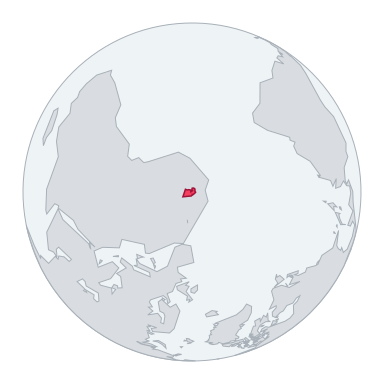 Tagant highlighted on a globe, orthographic projection, rotated 175°
{"feature_id": "MRT-2798", "entity_name": "Tagant", "entity_type": "Region", "adm_level": 1, "iso_a3": "MRT", "parent_name": "Mauritania", "parent_adm1": "", "projection": "orthographic", "projection_center": [-11.398, 18.406], "detail": "fine", "context": "on_globe", "style": "filled", "palette": "rose", "viewbox_px": 384, "rotation_deg": 175, "n_neighbors": 0, "source": "natural_earth", "source_scale": "10m", "svg_char_len": 9400}
<svg xmlns="http://www.w3.org/2000/svg" viewBox="0 0 384 384"><g transform="rotate(175 192 192)"><circle cx="192" cy="192" r="169" fill="#eef3f6" stroke="#a8b0b8"/><path d="M39.5,119.3L38.2,122.0L38.4,121.6L39.5,119.3ZM85.4,60.9L88.8,58.2L92.3,55.6L103.2,48.3L114.6,41.8L126.6,36.2L138.9,31.6L151.5,28.0L164.4,25.3L161.2,26.1L142.2,31.4L141.6,32.9L127.6,41.3L130.9,40.4L127.7,43.7L130.4,44.0L127.1,46.0L132.1,44.6L134.7,42.8L137.7,41.7L139.6,41.9L135.6,44.3L134.1,44.5L133.9,45.4L131.1,46.5L133.5,46.1L128.5,49.2L136.1,46.5L134.3,49.4L130.3,51.4L127.3,50.6L110.5,55.2L105.4,57.9L101.3,62.0L100.8,70.4L96.6,74.0L93.5,79.3L97.3,77.3L101.1,72.6L107.5,70.6L111.4,65.6L114.5,64.3L119.9,59.8L122.7,61.3L122.5,65.3L118.2,69.3L118.0,71.3L125.1,68.5L119.8,77.4L121.4,86.3L119.6,88.9L110.9,91.3L103.5,88.4L92.2,93.5L103.1,91.2L98.6,98.4L99.4,100.2L101.7,100.7L104.9,98.5L104.1,101.5L93.0,104.3L93.5,101.7L97.0,100.6L93.5,99.6L86.0,102.4L84.3,106.3L74.7,108.0L73.3,111.0L70.5,113.3L73.3,108.3L68.1,117.6L56.6,124.0L49.3,141.0L52.5,126.0L51.2,122.8L49.0,120.9L47.7,123.6L46.5,118.6L42.3,121.6L36.1,133.8L32.8,145.1L34.6,148.9L37.2,144.2L39.7,145.4L33.3,159.2L37.0,165.7L34.0,176.9L34.4,184.3L37.4,184.8L40.1,189.8L43.6,184.5L48.6,183.2L47.1,192.8L51.1,185.4L53.0,191.4L63.9,195.5L62.7,197.4L71.6,212.3L83.9,221.1L86.7,228.8L85.0,232.7L89.8,235.1L89.9,238.0L111.3,246.8L124.0,255.8L124.8,265.3L116.6,274.4L114.7,294.9L101.4,298.5L101.8,306.1L98.0,315.1L89.4,311.6L95.8,318.2L94.3,320.2L89.8,318.7L92.5,322.4L89.3,321.1L93.9,324.6L94.0,327.4L100.1,332.0L101.6,334.1L105.7,336.8L104.3,336.1L104.2,336.2L106.0,337.4L99.4,333.3L91.5,327.7L89.5,325.8L87.5,324.5L82.5,319.0L82.4,319.5L72.9,308.7L68.4,300.4L56.0,272.2L52.3,265.3L44.3,254.7L34.3,227.4L35.1,219.1L33.7,213.6L38.3,203.1L38.4,189.6L37.1,186.7L35.0,190.4L31.8,178.6L32.4,167.6L31.7,139.8L33.6,133.7L36.7,126.0L47.3,104.8L55.4,92.6L64.5,81.2L74.5,70.6L85.4,60.9ZM46.7,146.5L51.1,159.3L46.4,157.7L47.7,156.7L47.0,152.1L45.1,146.8L41.6,146.2L46.7,146.5ZM53.5,139.4L52.6,137.9L53.8,138.6L53.5,139.4ZM118.0,59.4L118.9,59.6L117.4,60.3L118.0,59.4ZM119.5,57.4L117.1,58.1L117.4,57.2L118.9,56.8L119.5,57.4ZM122.3,56.8L118.4,55.7L119.0,54.3L125.1,51.7L122.3,56.8ZM134.7,42.2L132.0,44.1L132.6,42.5L134.7,42.2ZM134.3,41.5L131.5,38.8L136.3,36.4L136.3,37.6L141.2,34.7L144.9,34.8L143.0,36.4L139.2,37.8L143.5,36.9L134.3,41.5ZM180.5,23.4L181.3,23.4L179.0,23.5L179.4,23.5L180.5,23.4ZM139.0,41.2L138.0,40.7L142.1,38.5L144.9,39.1L142.7,39.6L139.0,41.2ZM140.6,34.1L144.2,32.8L148.1,32.4L150.1,31.9L145.4,34.6L140.6,34.1ZM142.6,40.2L146.1,39.5L145.9,40.8L140.3,41.6L142.6,40.2ZM142.0,37.8L144.1,36.9L143.9,37.5L142.0,37.8ZM146.8,45.5L145.6,44.7L147.6,43.4L146.8,45.5ZM147.5,39.2L147.5,38.8L148.2,38.3L150.4,38.2L147.5,39.2ZM148.5,34.3L149.4,34.6L150.6,33.2L153.7,33.1L150.0,35.0L152.9,34.2L153.8,34.2L149.8,35.8L148.5,34.3ZM154.6,36.7L151.0,39.5L152.9,41.2L151.1,42.3L148.3,39.4L154.6,36.7ZM152.1,36.0L153.2,36.6L150.5,37.5L148.0,37.6L152.1,36.0ZM157.0,32.5L153.3,32.0L154.3,31.7L157.0,32.5ZM155.7,36.9L156.5,36.3L156.1,36.9L155.7,36.9ZM157.2,33.6L155.8,33.4L156.9,33.0L157.2,33.6ZM159.4,35.2L158.3,36.0L156.5,36.1L159.4,35.2ZM158.9,34.3L160.7,33.8L156.6,35.6L158.0,34.3L158.9,34.3ZM158.5,33.2L158.7,32.9L159.0,33.3L158.5,33.2ZM166.6,34.8L161.9,37.1L158.1,37.1L163.2,34.8L166.6,34.8ZM112.2,340.8L100.8,334.3L106.4,337.6L105.8,336.9L113.4,341.1L112.2,340.8ZM112.3,339.3L114.2,339.5L116.0,340.4L115.0,340.6L112.3,339.3ZM349.0,129.6L354.4,146.5L358.2,162.0L359.3,170.8L353.8,152.4L348.5,138.8L348.3,141.9L341.1,133.4L333.9,139.8L331.3,136.7L330.3,139.9L325.0,138.5L320.4,133.5L317.9,135.4L329.7,148.7L332.2,146.7L332.1,138.8L335.1,144.2L340.0,147.0L340.2,164.7L326.9,186.9L323.0,175.7L299.3,149.3L298.6,145.5L298.4,145.1L297.9,144.5L298.4,150.8L293.5,145.6L308.9,164.9L312.6,174.1L326.7,187.7L326.0,190.0L329.8,192.3L338.6,182.7L339.2,186.7L336.6,207.5L322.1,238.8L322.6,254.3L319.0,268.4L306.7,281.0L304.5,290.8L297.7,296.2L295.1,301.9L287.7,309.1L276.7,316.8L261.4,320.3L263.1,315.6L259.4,307.5L255.3,285.0L261.9,272.7L261.6,263.8L250.3,245.2L253.0,233.1L249.3,228.7L242.1,230.9L237.5,225.5L232.9,226.0L202.1,232.9L191.1,225.8L174.3,202.5L178.7,192.7L176.8,181.5L205.1,141.4L214.1,142.7L239.9,134.4L243.7,135.2L244.0,144.0L266.0,150.9L269.2,142.7L285.8,144.7L294.7,141.8L292.0,125.2L277.4,129.5L271.5,122.7L280.6,112.8L292.9,109.8L291.1,107.1L280.5,103.3L280.5,97.3L276.5,101.6L280.2,103.7L277.8,106.7L274.3,105.0L274.4,102.8L269.9,102.7L270.4,114.0L274.2,117.4L264.1,122.1L269.6,128.5L267.8,132.5L258.0,123.4L256.8,119.5L241.0,111.1L241.3,115.5L256.3,123.9L252.9,123.8L253.5,130.6L250.3,125.3L233.9,115.7L222.9,120.2L213.8,138.5L206.3,140.8L197.9,138.5L196.3,121.6L213.1,118.4L212.8,113.1L205.2,106.6L211.0,106.4L209.9,103.6L215.9,102.3L220.1,94.6L225.6,93.0L223.3,84.6L225.8,82.9L226.4,88.1L229.7,91.3L242.7,88.2L244.1,86.0L241.5,81.0L245.4,81.1L241.3,76.8L246.8,73.4L236.7,74.1L233.4,69.1L234.6,64.6L231.7,63.2L229.8,70.8L230.7,73.8L234.4,76.0L235.2,85.4L231.6,87.7L223.8,79.1L217.8,81.8L214.4,74.5L221.7,57.4L226.7,53.5L243.4,56.4L244.5,59.6L239.0,59.9L247.7,63.7L245.3,61.4L248.5,61.7L246.2,57.7L248.4,57.8L242.5,54.0L244.9,53.7L248.6,56.1L247.3,50.6L251.2,49.4L249.9,48.2L247.3,47.2L254.1,46.7L252.8,45.9L250.1,45.7L245.7,44.0L240.7,41.0L243.3,41.0L245.5,42.0L253.9,44.6L259.3,47.9L259.9,47.7L255.8,44.9L245.5,41.6L241.8,39.9L246.5,41.0L244.5,40.4L243.5,39.6L244.8,38.9L239.5,37.7L224.4,30.4L225.6,29.0L231.6,30.3L223.8,27.0L225.7,26.6L223.2,26.3L217.8,25.1L217.1,25.1L215.5,24.9L203.1,23.4L215.0,24.6L226.7,26.6L238.2,29.5L249.5,33.1L260.6,37.6L271.3,42.8L281.6,48.7L291.4,55.4L300.8,62.7L309.6,70.7L317.9,79.3L325.5,88.4L332.4,98.1L338.7,108.2L344.2,118.7L349.0,129.6ZM199.0,161.3L199.1,164.8L199.0,161.3ZM308.6,115.0L314.3,112.8L307.1,104.6L308.7,103.2L305.7,101.1L306.6,104.0L298.5,98.1L299.3,94.3L296.2,90.8L294.2,91.4L294.1,99.5L305.6,107.6L306.3,112.1L308.6,115.0ZM64.3,195.6L65.4,197.9L63.5,197.3L64.3,195.6ZM44.7,161.2L46.1,162.4L46.5,164.4L45.2,164.1L44.7,161.2ZM59.6,169.6L61.9,171.5L59.1,171.1L59.6,169.6ZM52.0,161.1L57.8,168.4L52.5,169.0L49.0,164.5L52.1,165.2L52.0,161.1ZM50.5,144.3L51.2,145.6L50.3,147.1L50.5,144.3ZM54.4,139.9L54.0,139.8L54.1,138.1L54.4,139.9ZM99.2,98.2L100.1,98.1L102.0,99.1L100.1,99.8L99.2,98.2ZM116.6,98.0L114.9,102.8L114.8,99.6L111.8,101.2L107.8,97.0L118.5,89.9L114.4,93.7L116.6,98.0ZM105.4,90.0L106.8,93.1L104.9,90.1L105.4,90.0ZM198.4,90.9L201.8,92.2L201.5,95.6L194.6,98.9L195.0,93.9L198.4,90.9ZM206.6,93.4L200.8,84.6L204.8,82.6L203.6,85.1L206.8,84.6L205.6,88.7L215.1,95.9L215.5,99.4L202.6,102.9L206.6,99.6L203.1,98.3L206.6,93.4ZM178.8,70.1L176.4,67.5L188.3,66.3L189.3,69.0L182.5,72.1L177.4,70.9L178.8,70.1ZM133.8,53.0L132.1,52.9L133.2,52.1L135.6,51.6L133.8,53.0ZM146.1,45.2L142.5,52.9L140.3,53.0L140.8,57.9L135.3,60.4L135.2,57.1L131.4,62.9L129.0,60.9L127.1,65.0L127.4,57.3L125.1,56.1L129.7,56.4L134.8,54.0L136.3,52.7L139.0,48.1L136.7,44.9L141.4,42.5L145.3,41.7L146.6,42.0L143.2,43.4L147.3,43.0L143.3,45.3L146.1,45.2ZM188.5,39.6L184.0,39.9L191.6,41.6L187.7,43.0L188.8,43.1L187.2,45.1L187.3,47.7L185.0,48.2L186.0,49.1L185.0,50.5L185.7,52.0L181.8,53.4L182.2,55.4L180.1,55.0L181.9,58.1L178.9,56.5L177.2,58.6L181.1,59.0L158.6,65.7L151.6,70.5L147.4,75.6L142.6,72.8L143.5,66.5L147.7,59.5L155.1,55.6L151.6,55.3L154.2,53.4L155.9,54.4L154.8,51.8L157.3,50.6L161.0,45.8L157.8,43.4L159.1,41.8L161.6,42.2L161.1,40.4L166.7,40.1L167.8,39.1L174.4,38.1L178.6,39.9L179.5,38.6L184.5,38.1L188.5,39.6ZM168.5,34.6L174.5,35.8L175.3,37.4L163.5,38.6L161.8,39.5L154.3,40.9L153.3,38.7L155.6,38.5L157.5,37.8L157.0,38.7L158.9,37.5L162.0,37.2L164.3,36.3L165.6,36.9L168.5,34.6ZM246.0,131.4L248.5,131.3L252.1,130.2L252.5,134.7L246.0,131.4ZM234.7,124.9L236.7,123.9L239.1,129.3L236.4,129.6L234.7,124.9ZM235.8,119.1L236.7,123.5L234.7,121.3L235.8,119.1ZM228.1,87.2L230.0,86.1L230.9,87.2L230.8,89.2L228.1,87.2ZM210.4,46.6L207.7,46.1L207.8,45.5L203.3,43.2L205.9,42.2L209.6,43.2L210.4,46.6ZM290.7,128.6L289.3,132.4L287.4,131.4L288.3,130.3L290.7,128.6ZM270.9,133.9L276.4,134.7L270.9,135.1L270.9,133.9ZM212.5,45.1L210.3,44.2L213.0,44.3L212.5,45.1ZM207.5,41.4L210.3,41.3L205.7,41.8L207.5,41.4ZM335.8,258.4L322.6,284.9L318.1,287.2L319.7,280.8L326.3,265.5L332.3,258.9L336.0,251.1L335.8,258.4ZM359.9,173.1L360.0,173.7L358.4,163.2L359.3,168.5L359.9,173.1ZM231.5,38.6L234.9,42.6L239.0,45.6L244.1,47.0L238.4,47.0L232.0,42.4L231.5,38.6ZM225.0,31.3L220.6,30.5L221.5,30.1L222.7,30.2L225.0,31.3ZM223.1,31.3L219.7,32.0L216.5,31.1L219.9,30.7L223.1,31.3ZM216.3,37.7L217.1,38.9L215.0,38.7L216.3,37.7ZM181.9,23.3L181.4,23.4L181.9,23.3ZM215.2,25.0L213.0,24.7L212.6,24.6L215.2,25.0ZM206.5,24.1L208.5,24.4L205.3,24.0L206.5,24.1ZM213.2,25.4L208.8,24.5L214.5,25.4L213.2,25.4Z" fill="#d9dde1" stroke="#a8b0b8" stroke-width="1"/><path d="M191.9,189.6L191.9,189.0L192.0,189.0L193.0,188.1L201.5,188.0L198.3,195.3L196.7,194.5L195.0,194.6L193.8,194.3L192.9,194.0L193.2,192.3L192.8,192.4L192.7,192.5L192.5,192.9L192.4,192.9L192.3,193.0L192.2,193.0L191.8,193.0L191.7,193.1L191.4,193.3L191.5,193.4L191.6,193.5L191.7,193.9L191.8,194.0L192.0,194.3L191.9,194.4L191.7,194.5L191.8,194.5L191.7,194.7L191.7,194.9L191.7,195.0L191.6,195.4L191.6,195.6L191.5,195.8L191.0,195.7L190.6,195.9L190.2,195.8L189.7,195.6L189.4,195.3L189.2,195.1L188.8,194.7L188.9,193.7L188.9,193.2L189.0,192.4L188.4,191.5L189.0,190.9L189.4,190.5L190.6,189.7L191.2,189.3L191.9,189.6Z" fill="#f43f5e" stroke="#9f1239" stroke-width="1.5"/></g></svg>